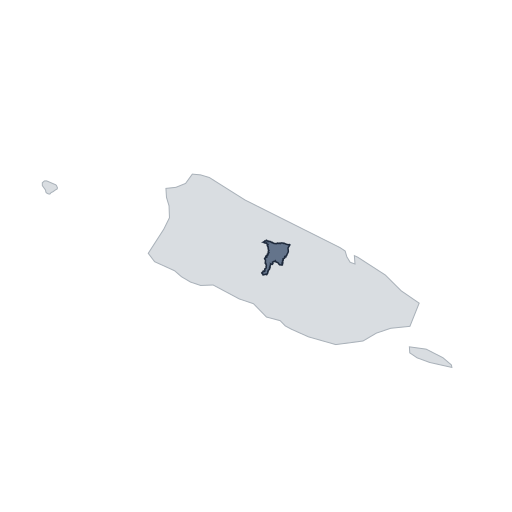 location of Ciales, Puerto Rico, rotated 25°
{"feature_id": "32010507B34283188720428", "entity_name": "Ciales", "entity_type": "district", "adm_level": 2, "iso_a3": "PRI", "parent_name": "Puerto Rico", "parent_adm1": "", "projection": "mercator", "projection_center": [-66.527, 18.264], "detail": "fine", "context": "in_parent", "style": "filled", "palette": "slate", "viewbox_px": 512, "rotation_deg": 25, "n_neighbors": 0, "source": "geoboundaries", "source_scale": "gbopen_adm2", "svg_char_len": 4463}
<svg xmlns="http://www.w3.org/2000/svg" viewBox="0 0 512 512"><g transform="rotate(25 256 256)"><path d="M338.7,218.4L344.0,221.9L349.1,221.4L345.0,214.1L348.7,214.1L381.3,218.6L402.3,226.2L423.8,229.8L425.2,254.7L408.6,264.6L397.7,275.0L388.9,287.8L365.7,302.6L337.7,307.1L319.1,307.4L312.1,307.0L305.3,304.4L291.3,306.9L273.9,300.3L259.0,302.0L229.4,300.4L218.3,306.1L207.7,307.3L197.3,306.3L188.5,303.8L166.5,304.0L157.2,299.1L161.1,270.7L161.4,257.9L156.0,247.3L150.1,240.7L145.8,232.8L154.4,227.6L161.5,220.0L163.7,208.7L171.5,205.9L180.6,204.6L222.5,209.9L328.7,212.9L334.7,213.8L338.7,218.4ZM458.4,279.1L445.0,280.2L436.3,278.8L433.4,273.5L449.6,268.5L468.5,269.2L479.2,272.2L480.6,274.2L458.4,279.1ZM42.4,287.3L40.8,287.5L39.2,287.3L38.5,286.8L37.4,285.2L32.6,282.5L31.4,280.0L32.5,277.4L34.5,276.4L44.3,276.1L45.3,276.4L47.3,278.2L47.4,279.4L46.4,280.7L44.7,283.8L43.9,284.6L43.4,285.4L43.1,286.8L42.4,287.3Z" fill="#d9dde1" stroke="#a8b0b8" stroke-width="1"/><path d="M257.5,239.3L256.8,240.3L257.4,240.1L257.5,240.3L257.8,240.4L257.9,240.5L258.2,240.3L258.7,240.4L259.0,240.2L259.6,240.2L260.0,240.0L260.1,239.8L260.3,240.1L261.0,240.4L261.6,240.9L261.9,240.7L261.8,241.2L261.6,241.4L261.9,241.9L262.4,241.9L262.7,242.3L262.8,242.3L262.8,242.6L263.3,242.8L263.4,243.2L263.7,243.4L263.6,243.6L263.8,244.0L264.0,244.1L264.4,244.6L264.4,244.9L264.8,245.3L265.2,245.4L265.4,245.6L265.2,246.0L265.3,246.1L265.2,246.5L265.4,247.3L266.3,247.5L266.1,248.2L265.8,248.5L265.9,248.8L265.9,249.4L266.2,249.4L266.3,249.8L266.2,249.9L265.8,249.8L265.6,249.8L265.7,250.2L265.9,250.3L266.2,250.6L266.1,250.8L265.9,250.7L265.9,251.0L265.5,251.1L265.4,251.3L265.6,251.7L265.5,252.0L265.8,252.0L266.2,252.3L266.3,252.5L266.2,252.7L265.9,252.7L265.5,252.8L265.1,252.6L265.2,253.3L265.3,253.8L265.0,254.0L264.9,254.3L264.8,254.6L265.1,255.0L266.3,255.6L266.8,256.8L267.4,258.6L268.0,258.5L268.5,259.3L268.6,259.5L269.1,259.7L269.3,259.9L269.5,260.7L269.5,261.1L269.8,261.4L269.8,261.6L270.2,262.2L270.2,262.6L270.1,263.0L269.6,263.6L269.7,263.8L269.5,264.3L269.6,264.5L270.0,264.9L270.0,265.1L270.4,265.8L270.2,266.4L270.0,266.5L269.8,266.3L269.5,266.4L269.4,266.5L269.1,266.5L269.3,267.0L268.9,267.4L268.9,267.6L268.7,267.8L268.6,268.2L268.8,268.4L268.4,268.9L268.6,269.1L269.2,269.4L269.4,269.3L269.6,269.5L270.0,269.6L270.0,269.8L270.4,270.2L270.8,269.9L271.1,269.6L271.2,269.3L271.9,269.1L272.3,268.7L272.6,268.2L273.1,268.0L273.5,268.4L273.7,268.2L273.5,267.7L273.6,267.4L273.8,267.0L273.8,266.2L273.5,265.8L273.5,265.2L273.1,264.9L273.2,264.6L273.4,264.4L273.3,264.2L273.2,263.7L273.5,263.4L273.6,262.7L273.8,262.4L273.7,262.2L273.5,261.4L273.6,261.2L273.3,261.0L273.6,260.4L273.3,259.7L273.1,259.7L273.1,259.3L272.9,258.7L272.9,258.3L272.7,257.6L272.9,257.1L272.7,256.9L273.1,256.9L273.8,256.8L274.1,256.9L274.3,256.6L274.4,256.3L274.5,255.7L274.4,255.4L274.0,255.3L274.0,255.0L273.6,254.6L274.1,253.9L274.3,253.5L274.7,253.2L275.2,253.2L275.4,252.9L275.5,252.2L276.0,252.5L276.2,252.9L276.5,252.8L276.8,252.9L277.1,252.8L277.5,252.9L277.9,252.8L278.6,252.8L279.8,253.3L280.1,253.6L280.4,253.8L281.4,254.0L281.9,253.7L282.4,253.5L283.0,253.4L283.5,253.1L283.4,253.0L283.3,252.9L283.5,252.2L283.2,251.9L282.8,251.8L282.7,251.5L283.0,251.3L283.3,251.1L283.3,250.9L282.7,250.8L282.5,250.7L282.6,250.2L282.2,249.4L282.4,249.1L282.1,249.0L282.1,248.8L282.4,248.4L282.4,248.2L282.2,247.6L281.7,247.4L281.7,247.2L281.9,247.2L282.1,247.1L282.2,246.6L282.3,246.3L282.7,246.0L282.8,245.8L282.6,245.2L282.8,244.9L282.3,244.5L282.3,244.2L282.7,243.8L282.8,243.8L283.0,244.3L283.4,244.2L283.2,243.5L283.6,242.7L283.6,242.4L283.4,242.0L283.5,239.8L283.5,239.3L283.5,238.5L282.5,236.6L282.3,236.4L282.0,236.0L281.8,235.5L281.6,235.0L281.8,233.6L282.0,231.6L281.3,231.5L281.0,231.9L280.2,232.2L279.8,232.3L278.5,232.5L277.3,232.6L276.8,232.5L276.3,232.5L275.8,232.9L275.6,232.7L274.7,233.0L274.1,233.2L273.7,233.3L273.3,233.6L273.2,233.7L273.0,233.8L272.5,234.1L272.5,234.6L271.7,234.5L271.0,234.9L270.9,235.3L270.7,235.4L270.4,235.4L270.0,235.2L269.6,235.6L269.4,236.1L269.0,236.4L268.0,236.6L267.8,236.8L266.9,237.0L266.7,237.1L266.5,236.9L266.1,237.0L265.7,236.9L265.3,237.1L265.2,236.8L265.0,236.7L264.6,237.0L263.8,237.1L263.2,236.7L262.7,236.9L262.0,237.2L261.8,237.1L261.5,237.3L261.1,237.7L260.8,237.3L260.3,237.5L259.5,237.5L259.2,237.3L258.7,237.3L258.6,237.5L258.5,238.2L258.0,238.7L257.6,238.7L257.5,239.3Z" fill="#64748b" stroke="#1e293b" stroke-width="1.5"/></g></svg>